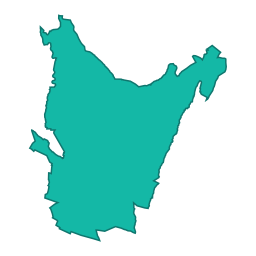 Acatzingo, Puebla, Mexico
{"feature_id": "50627088B6514747486487", "entity_name": "Acatzingo", "entity_type": "district", "adm_level": 2, "iso_a3": "MEX", "parent_name": "Mexico", "parent_adm1": "Puebla", "projection": "albers", "projection_center": [-97.761, 19.03], "detail": "fine", "context": "isolated", "style": "filled", "palette": "teal", "viewbox_px": 256, "rotation_deg": 0, "n_neighbors": 0, "source": "geoboundaries", "source_scale": "gbopen_adm2", "svg_char_len": 5630}
<svg xmlns="http://www.w3.org/2000/svg" viewBox="0 0 256 256"><path d="M220.6,52.3L212.2,45.5L207.8,48.6L207.9,48.9L207.1,49.1L207.9,50.1L206.3,50.2L207.1,53.0L205.6,54.4L204.8,54.2L204.0,55.0L204.1,55.8L203.5,57.7L203.0,58.4L202.4,59.9L200.7,58.1L198.3,56.9L195.6,55.8L193.7,55.6L193.0,56.0L192.6,56.5L195.9,62.4L190.6,65.3L186.6,68.4L181.6,71.7L181.3,72.3L179.7,73.9L178.9,75.7L178.5,75.7L177.2,76.4L175.6,74.4L175.1,73.4L175.2,71.9L176.7,68.7L176.8,67.7L176.3,66.1L175.8,66.0L174.0,64.9L173.3,63.7L170.2,63.9L168.6,65.2L168.0,68.5L167.1,70.0L167.0,71.2L166.0,72.7L165.5,74.0L164.7,74.7L163.6,75.2L162.7,76.4L162.3,76.7L162.3,77.2L161.5,77.7L161.1,78.4L160.0,78.7L159.3,79.4L158.6,79.7L158.3,80.2L157.0,80.2L156.4,80.7L154.0,81.5L152.2,83.1L151.8,83.2L151.4,83.8L150.9,83.9L150.9,84.9L150.7,85.0L149.5,84.5L146.7,85.8L145.0,85.5L138.7,86.8L135.4,84.1L130.3,81.2L123.3,79.9L122.8,79.6L121.7,79.7L121.3,79.2L114.9,79.1L114.1,77.3L113.3,76.3L113.2,75.4L112.8,74.7L111.5,73.2L109.8,71.7L109.6,70.9L108.8,70.1L107.8,68.7L106.9,68.0L106.6,67.3L105.3,66.6L104.5,65.0L102.8,63.5L102.1,62.5L99.4,60.0L99.0,59.9L96.5,57.3L95.4,56.5L94.8,55.8L94.7,55.3L93.4,54.6L92.0,53.3L89.8,51.9L86.9,51.3L85.9,51.0L85.4,50.6L84.9,49.7L84.5,46.6L82.0,44.1L81.0,42.8L78.8,38.9L76.9,34.3L73.8,30.6L73.6,29.0L73.9,27.1L73.7,26.1L71.4,22.8L70.3,20.1L63.4,19.2L62.4,18.5L62.2,17.6L62.4,15.9L60.1,15.8L58.8,15.4L58.7,18.5L60.5,22.3L60.5,26.4L59.0,28.2L57.7,29.2L53.4,29.6L51.1,30.5L50.8,31.4L49.6,31.2L49.3,32.5L47.7,34.8L46.7,34.4L46.0,33.0L43.3,32.4L43.8,30.4L40.4,27.0L40.4,28.8L40.7,29.8L40.3,32.1L41.0,33.9L40.8,35.0L42.4,37.7L42.8,39.6L42.9,42.0L44.2,45.0L46.0,44.6L47.5,44.6L48.7,42.8L49.8,42.8L50.6,43.3L51.0,46.6L50.5,48.3L50.7,49.5L51.1,50.2L52.3,51.2L53.1,53.3L52.0,57.0L52.2,57.4L52.8,58.2L53.3,58.3L55.4,57.8L56.4,58.1L55.7,59.4L55.7,60.5L55.2,61.1L54.9,62.6L53.6,69.6L53.7,70.3L54.7,71.8L54.7,72.8L54.4,73.4L52.9,75.2L52.7,76.1L53.2,77.1L54.7,77.9L55.0,78.4L55.2,79.2L55.0,79.7L54.5,80.3L53.1,80.6L52.5,80.9L52.0,81.8L52.1,82.6L52.6,83.2L55.2,83.9L55.5,84.4L55.6,85.2L54.3,87.1L50.0,87.2L50.2,88.7L49.5,89.6L50.1,90.1L49.8,91.8L49.5,92.0L49.4,92.9L48.0,94.4L48.1,95.4L47.4,96.8L47.3,97.6L47.3,98.6L47.7,100.1L47.6,100.5L46.7,101.7L46.8,103.5L46.3,104.6L46.5,105.3L45.9,105.7L46.5,107.8L46.4,108.4L45.9,109.2L45.6,111.6L44.7,114.2L44.8,117.2L45.2,118.1L45.3,119.3L45.7,119.9L45.5,120.6L46.1,122.3L45.2,123.7L45.5,125.0L45.2,125.9L45.6,126.2L45.5,127.0L45.8,127.3L47.1,127.7L46.9,128.9L50.8,128.8L50.9,130.1L55.0,130.0L53.9,131.8L53.8,132.5L53.9,133.3L64.5,151.8L64.2,152.9L63.7,152.8L63.1,155.2L64.0,155.6L63.4,158.0L62.2,157.7L63.1,158.9L60.4,156.7L59.9,156.4L58.7,156.3L55.7,154.5L52.9,151.9L52.0,151.8L51.7,151.2L49.3,148.8L49.0,147.8L48.4,146.8L48.4,146.0L49.1,143.3L49.0,142.8L48.2,142.4L48.1,141.3L47.3,140.4L44.1,138.9L43.6,139.6L43.2,139.7L42.6,139.3L41.7,138.1L37.7,135.6L37.1,134.6L36.1,133.7L36.0,133.2L34.8,131.9L33.9,131.6L33.3,130.9L31.8,130.1L31.7,130.5L35.2,141.1L32.6,143.3L29.8,148.2L31.9,149.3L31.8,149.5L33.8,151.3L34.8,149.9L46.8,155.6L49.7,162.0L52.1,163.7L51.4,165.2L52.2,165.5L51.8,166.8L51.2,173.6L49.7,173.0L48.7,172.9L48.5,179.7L48.9,179.9L49.0,181.2L49.4,182.1L48.4,185.3L48.1,185.5L49.0,186.5L48.2,190.9L47.5,193.1L47.0,193.8L45.3,194.5L44.9,198.0L57.9,202.6L54.7,204.2L49.8,207.9L50.8,209.1L52.4,213.8L53.1,217.3L52.6,217.8L56.9,220.2L57.7,221.1L56.0,225.2L59.9,227.6L59.4,228.7L70.2,233.7L71.1,231.6L81.1,235.3L93.5,238.7L99.7,240.6L98.7,237.9L97.5,235.8L96.1,230.1L97.5,230.1L104.8,231.2L115.5,226.6L121.4,228.2L124.3,229.5L125.5,229.7L128.0,230.8L130.6,231.0L133.2,232.5L135.2,233.2L135.5,232.0L134.6,228.9L134.2,228.1L134.6,225.3L135.0,224.9L135.1,223.2L135.6,221.9L135.9,220.7L135.4,219.6L135.6,217.1L133.9,213.8L133.7,212.6L134.2,209.3L134.7,208.9L133.7,207.5L133.9,206.4L133.6,202.8L137.1,205.8L144.7,207.9L148.1,208.4L148.2,207.3L148.8,206.8L149.3,205.7L149.0,205.0L149.1,204.3L149.7,202.0L150.6,200.0L150.6,198.8L151.6,198.4L151.9,198.0L151.8,197.5L152.5,197.7L152.6,195.2L152.8,194.3L153.6,193.1L153.7,191.0L154.7,187.6L155.5,186.9L157.0,184.8L158.0,184.2L158.7,183.3L153.7,180.8L158.9,177.5L158.7,176.8L159.1,176.4L158.6,175.8L158.5,175.3L158.6,173.9L159.1,172.4L158.9,172.2L159.2,171.1L158.8,170.2L159.2,169.2L160.1,168.1L160.4,166.4L161.7,164.8L161.9,163.9L162.4,163.2L163.3,162.4L164.0,158.4L164.7,157.3L164.8,156.6L165.7,154.9L165.7,154.4L166.2,153.2L169.4,149.0L169.3,147.2L170.3,144.9L170.8,144.6L171.0,143.1L171.6,142.1L172.2,142.2L172.7,141.6L172.8,141.0L172.5,140.1L172.1,139.8L172.1,139.6L173.0,138.5L173.0,137.1L173.3,136.2L175.1,134.5L175.9,134.3L176.2,133.3L176.7,133.2L177.1,131.2L177.5,130.5L177.6,129.8L177.2,129.0L177.9,127.5L177.8,126.2L178.0,125.6L178.6,125.4L178.9,123.5L179.5,123.0L179.6,122.7L179.3,121.5L179.3,120.3L179.4,119.8L180.1,119.2L180.4,118.2L181.0,117.7L180.9,116.2L181.7,115.5L182.9,112.9L183.7,112.3L184.4,110.8L184.8,110.4L184.4,110.1L185.4,109.5L185.6,108.5L186.3,108.3L187.3,108.6L188.1,107.5L188.6,107.6L189.1,107.1L189.3,104.6L189.9,104.3L191.0,102.0L192.0,102.0L192.4,101.7L192.5,99.8L193.5,96.9L193.8,96.7L193.5,96.2L193.9,96.0L194.4,94.7L194.6,92.3L195.5,88.7L196.0,87.2L197.1,85.9L197.9,83.5L199.7,80.8L200.9,81.2L201.3,81.7L201.5,82.4L200.0,88.4L200.4,88.6L200.3,89.8L199.9,91.7L200.0,92.0L200.7,92.1L200.6,92.5L201.0,93.8L201.8,94.5L207.2,97.4L206.2,100.1L207.6,99.1L208.1,98.3L208.9,96.9L209.1,96.1L212.7,90.6L213.5,87.7L214.2,86.5L214.7,84.8L215.6,81.2L217.7,78.1L218.4,75.9L224.9,71.8L225.8,69.6L226.2,66.7L225.8,62.8L225.8,59.0L224.8,58.3L222.3,58.2L219.2,57.4L217.5,57.6L218.9,54.5L220.6,52.3Z" fill="#14b8a6" stroke="#0f766e" stroke-width="1.5"/></svg>